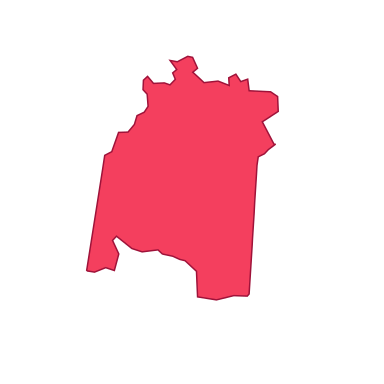 Darlington, South Carolina, United States of America, rotated 311°
{"feature_id": "52423323B78464360666079", "entity_name": "Darlington", "entity_type": "district", "adm_level": 2, "iso_a3": "USA", "parent_name": "United States of America", "parent_adm1": "South Carolina", "projection": "albers", "projection_center": [-79.93, 34.31], "detail": "fine", "context": "isolated", "style": "filled", "palette": "rose", "viewbox_px": 384, "rotation_deg": 311, "n_neighbors": 0, "source": "geoboundaries", "source_scale": "gbopen_adm2", "svg_char_len": 1029}
<svg xmlns="http://www.w3.org/2000/svg" viewBox="0 0 384 384"><g transform="rotate(311 192 192)"><path d="M63.8,163.9L63.8,164.9L67.6,171.0L78.3,176.5L81.8,184.9L97.2,177.4L103.3,163.8L109.1,164.0L109.9,183.7L114.1,193.6L126.0,204.3L125.8,210.2L126.3,211.3L130.9,219.6L133.1,227.0L135.6,231.8L135.1,247.4L116.5,265.0L126.6,281.2L141.2,291.5L149.7,302.0L152.5,302.0L191.6,272.1L196.7,268.1L216.1,253.3L225.7,245.8L247.2,229.4L254.7,223.6L262.0,218.9L268.4,221.6L274.1,221.8L283.0,223.7L281.8,222.7L291.1,199.0L309.4,204.2L320.2,194.0L319.2,185.6L305.9,168.7L313.7,160.0L307.3,156.4L309.7,147.8L302.3,144.8L296.8,150.2L292.8,138.9L282.4,129.3L282.7,122.5L282.9,114.0L289.0,115.0L294.0,104.1L291.6,99.8L280.7,95.5L276.9,89.2L274.4,100.1L269.2,99.3L266.1,105.5L258.4,105.1L256.2,99.6L248.7,91.7L250.1,82.6L244.5,82.0L237.1,87.9L236.4,94.0L227.8,102.7L220.9,103.6L213.6,100.4L205.2,104.2L195.2,104.4L188.8,97.5L169.8,105.0L162.4,102.1L150.1,109.9L118.5,129.7L63.8,163.9Z" fill="#f43f5e" stroke="#9f1239" stroke-width="1.5"/></g></svg>